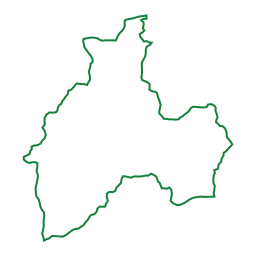 Bom Jardim de Minas, Minas Gerais, Brazil
{"feature_id": "56859067B79987470912291", "entity_name": "Bom Jardim de Minas", "entity_type": "district", "adm_level": 2, "iso_a3": "BRA", "parent_name": "Brazil", "parent_adm1": "Minas Gerais", "projection": "orthographic", "projection_center": [-44.123, -21.937], "detail": "fine", "context": "isolated", "style": "outline", "palette": "green", "viewbox_px": 256, "rotation_deg": 0, "n_neighbors": 0, "source": "geoboundaries", "source_scale": "gbopen_adm2", "svg_char_len": 3275}
<svg xmlns="http://www.w3.org/2000/svg" viewBox="0 0 256 256"><path d="M83.5,39.0L83.2,41.3L83.7,43.8L84.5,47.3L86.5,50.2L88.9,53.4L91.0,56.2L92.5,59.0L92.5,62.1L90.6,63.8L90.2,67.2L88.8,71.9L90.0,76.5L89.8,80.1L88.3,82.4L87.0,85.0L84.4,84.2L82.2,84.1L79.4,83.9L76.9,83.4L75.1,85.0L73.6,87.2L71.0,89.8L68.3,90.7L67.7,94.4L65.6,96.7L64.0,99.1L62.5,100.9L61.3,103.7L59.2,105.4L57.9,107.5L57.6,109.9L56.2,112.2L52.7,112.7L49.4,112.4L46.4,114.7L44.8,117.7L44.4,120.5L44.9,124.2L42.5,127.5L44.6,130.8L45.8,134.6L44.6,138.3L41.9,141.0L40.6,143.5L37.8,145.1L33.8,145.6L31.5,146.7L31.8,149.2L30.3,150.9L29.7,153.9L27.0,155.4L23.9,156.7L23.7,159.5L26.6,161.9L29.4,163.0L32.1,162.2L35.0,162.2L37.3,163.0L37.4,165.4L37.2,168.0L36.5,170.4L37.1,172.7L38.0,175.6L37.5,179.5L36.7,183.0L36.0,186.1L35.5,188.7L35.9,191.5L35.9,193.8L36.5,196.4L38.7,199.4L39.6,202.5L40.5,206.8L41.8,209.7L43.8,212.2L44.3,215.8L43.7,219.1L43.6,222.3L43.8,225.6L43.0,230.0L42.2,234.0L43.5,237.7L44.0,240.6L46.6,239.2L49.5,238.3L52.0,235.9L55.5,236.2L58.7,236.3L62.4,236.7L66.1,235.1L68.4,233.1L70.8,231.4L73.7,229.4L76.7,228.8L79.1,228.3L80.8,226.7L83.2,225.6L85.3,222.5L87.8,219.9L89.1,217.5L90.9,215.1L94.2,214.2L96.5,211.9L97.5,208.5L99.7,206.6L102.6,206.7L105.1,206.7L105.9,204.0L107.9,200.6L106.8,197.5L106.9,193.5L109.3,191.9L112.3,192.2L115.1,191.2L116.5,187.6L118.6,185.4L120.9,183.1L121.7,178.5L123.1,176.1L125.7,176.5L128.3,177.1L131.0,177.7L133.3,176.6L135.7,176.3L138.6,176.6L143.5,176.1L146.1,175.5L148.4,175.6L151.2,173.7L154.0,175.1L156.1,176.4L157.2,179.0L157.9,181.5L159.7,183.0L160.7,185.5L161.7,188.3L164.4,188.3L166.9,188.8L169.2,187.4L171.3,189.7L171.9,194.3L171.2,197.6L170.6,200.8L173.0,203.1L176.7,205.0L179.9,204.9L182.4,203.9L184.8,202.7L187.8,200.7L190.3,199.1L192.7,198.0L195.2,197.3L199.1,196.8L201.4,196.6L203.9,196.9L207.3,196.9L211.2,196.7L214.4,196.7L213.7,193.4L214.3,189.6L214.8,185.9L213.4,183.0L213.3,179.2L213.7,175.6L214.9,173.1L214.2,170.2L217.9,168.9L218.6,164.5L221.1,161.8L221.7,158.5L223.5,155.7L223.7,152.8L225.6,151.6L227.5,149.7L229.7,147.3L232.3,144.4L231.0,142.1L229.4,140.2L226.8,137.1L226.6,132.6L225.1,128.4L222.5,126.1L220.0,126.0L218.1,123.8L216.0,122.0L216.6,119.4L217.6,117.2L216.4,113.4L215.4,110.3L215.8,108.0L214.6,105.8L211.4,104.1L208.1,104.5L206.7,107.1L203.8,107.4L200.9,107.4L196.7,107.0L193.3,106.7L190.9,108.0L189.5,110.2L187.9,112.0L185.2,114.0L182.9,116.1L180.5,117.2L178.6,119.4L175.0,119.6L171.6,119.3L169.1,119.4L166.7,118.9L164.0,118.8L161.7,115.9L159.3,113.5L159.4,110.5L160.1,107.4L160.7,104.8L159.6,101.3L157.9,96.9L157.0,93.0L155.2,91.8L152.3,91.3L149.4,89.7L149.6,86.7L149.5,83.9L146.9,81.9L144.1,80.9L141.9,79.8L141.4,77.0L142.1,72.9L142.0,68.7L141.8,65.7L141.9,62.5L143.4,59.7L145.2,56.4L145.8,53.2L145.8,49.8L146.8,46.5L150.0,44.8L151.7,42.7L149.2,42.4L146.4,41.1L144.0,41.6L142.6,39.7L140.5,37.3L139.8,34.0L142.3,32.6L144.4,30.5L142.8,28.1L143.6,25.4L143.6,22.6L141.2,20.1L143.6,18.9L146.5,18.7L146.4,15.4L143.7,16.0L139.3,16.5L136.1,17.4L133.9,18.0L130.6,18.8L127.2,19.4L125.1,20.2L124.6,22.6L124.8,25.4L124.0,27.8L122.4,30.5L119.9,32.9L117.9,35.8L116.9,38.2L115.8,40.5L112.7,40.3L109.5,40.3L105.6,40.3L102.5,40.7L100.0,40.0L97.3,38.2L93.4,37.6L90.9,37.6L87.6,38.1L83.5,39.0Z" fill="none" stroke="#15803d" stroke-width="2"/></svg>